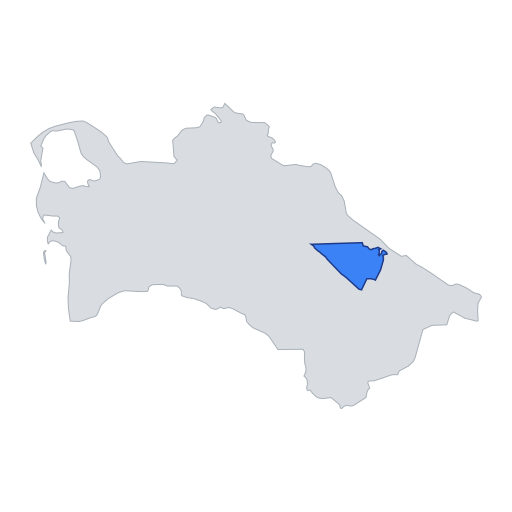 Carjew, Chardzhou, Turkmenistan (highlighted)
{"feature_id": "10190150B55240389541589", "entity_name": "Carjew", "entity_type": "district", "adm_level": 2, "iso_a3": "TKM", "parent_name": "Turkmenistan", "parent_adm1": "Chardzhou", "projection": "natural_earth1", "projection_center": [63.051, 38.709], "detail": "fine", "context": "in_parent", "style": "filled", "palette": "blue", "viewbox_px": 512, "rotation_deg": 0, "n_neighbors": 0, "source": "geoboundaries", "source_scale": "gbopen_adm2", "svg_char_len": 4860}
<svg xmlns="http://www.w3.org/2000/svg" viewBox="0 0 512 512"><path d="M140.8,161.5L166.1,162.9L173.9,163.8L177.1,160.4L177.0,159.5L175.8,158.8L174.0,156.4L172.7,140.1L174.9,137.8L177.5,136.1L181.3,131.0L183.3,129.5L186.2,128.2L195.8,127.8L199.9,126.8L203.5,121.0L204.2,117.7L206.9,115.0L208.4,115.0L214.9,117.3L216.3,118.5L218.4,122.7L220.9,122.5L221.3,121.8L221.0,120.8L219.2,118.2L215.2,113.4L211.2,110.4L210.9,109.4L214.4,107.0L221.2,108.0L223.0,107.2L224.8,103.4L233.8,112.0L235.5,112.9L242.7,114.0L243.9,115.2L246.3,120.2L248.8,121.5L251.8,122.5L264.7,122.6L268.7,126.0L269.3,126.8L268.5,129.2L268.2,133.7L267.2,135.5L267.8,136.2L272.4,138.1L275.1,141.0L275.3,142.3L274.6,143.1L272.4,142.7L271.3,144.0L271.3,146.4L272.8,148.6L273.3,150.6L271.0,155.3L270.9,157.3L271.6,158.4L283.2,165.5L285.0,165.7L296.3,164.4L298.4,165.2L308.2,166.8L311.0,166.6L312.9,164.3L314.7,163.4L316.3,163.3L321.0,164.8L326.0,167.8L329.2,170.6L330.8,173.1L335.3,187.0L338.3,192.7L341.7,195.7L344.2,201.1L346.3,213.0L347.6,215.4L353.0,220.1L380.4,239.4L388.7,248.1L401.5,256.4L406.2,255.4L416.3,264.3L422.7,267.7L431.0,273.0L448.4,285.1L452.1,285.6L456.2,283.9L459.9,284.9L466.5,288.0L473.5,292.6L479.5,294.3L481.2,296.3L481.3,297.4L478.0,303.3L477.6,310.8L478.1,320.9L476.5,321.1L464.7,318.2L453.5,312.0L450.9,314.0L449.5,316.1L446.8,324.8L431.8,325.4L422.9,329.6L415.0,358.0L413.2,361.5L408.3,366.1L399.6,370.7L398.3,372.5L398.0,374.2L397.0,374.7L392.2,374.7L373.9,380.9L369.9,380.9L368.4,381.4L367.7,382.5L369.7,388.2L368.0,389.8L366.9,392.6L366.0,397.5L353.9,405.2L351.4,406.1L346.6,405.4L344.1,406.2L341.5,408.6L340.3,407.9L339.8,405.4L338.5,403.8L331.0,397.6L322.4,398.6L319.2,398.1L316.6,397.1L312.7,393.5L310.2,390.1L307.5,390.5L306.8,388.9L306.7,387.1L307.4,384.8L307.3,380.5L305.8,377.5L304.0,376.1L306.0,371.2L306.0,367.5L304.8,363.5L304.4,357.8L304.7,352.2L303.1,349.3L277.9,349.5L269.0,336.4L265.3,333.3L252.8,327.7L249.4,324.8L246.6,321.5L245.9,317.0L244.6,314.4L242.6,314.0L232.9,308.8L228.9,307.4L223.6,308.7L220.4,307.2L216.6,309.2L215.1,309.4L211.0,308.1L206.2,303.4L202.1,301.5L193.4,298.5L187.3,297.6L181.9,295.8L181.4,295.1L181.3,291.1L180.6,289.5L179.1,287.5L177.0,286.0L167.7,286.1L163.5,284.6L160.1,284.4L152.7,284.7L150.3,285.8L148.9,287.0L147.9,290.9L147.1,291.5L140.0,291.6L124.8,290.7L118.3,292.6L108.3,298.6L102.5,303.6L100.8,305.8L97.2,314.7L95.7,316.0L93.8,317.0L91.8,317.2L82.7,320.7L79.1,321.5L70.2,321.1L68.4,308.0L68.0,297.6L69.4,283.2L69.2,274.0L71.1,260.0L70.7,256.6L66.2,250.4L65.7,246.1L62.9,245.9L58.5,242.3L54.1,240.8L51.9,240.8L49.8,241.8L48.2,243.9L47.3,240.6L47.4,237.2L51.2,230.1L53.4,232.2L56.1,233.0L62.9,232.6L62.3,230.1L58.9,227.7L58.3,224.5L58.6,221.2L59.7,218.0L58.7,216.8L57.1,216.0L53.4,216.1L43.8,214.9L42.5,218.6L45.0,223.5L40.8,217.9L38.0,212.2L36.4,205.6L36.3,198.4L40.4,186.9L43.9,172.8L47.4,178.8L50.0,181.4L55.9,183.1L58.8,182.7L62.0,181.1L65.0,181.6L69.5,187.7L72.9,188.4L79.9,186.1L83.3,185.6L86.1,186.6L89.1,186.6L87.9,183.8L87.5,181.0L89.3,179.5L94.7,181.1L99.2,179.4L100.0,178.7L100.5,176.3L100.0,171.5L99.0,169.5L96.6,166.6L87.0,159.8L83.8,157.1L81.2,153.6L77.2,139.7L74.1,130.8L72.8,129.7L67.1,129.0L56.3,131.1L52.5,130.7L50.6,131.6L46.1,135.4L44.0,138.6L40.8,145.9L42.9,148.3L40.7,160.7L41.5,166.0L41.2,166.4L38.1,159.8L34.0,153.2L30.7,143.2L37.4,136.6L43.1,132.0L49.1,128.5L55.3,126.2L69.3,122.6L76.9,121.3L83.1,121.0L87.8,123.2L100.4,131.3L105.8,135.8L107.4,137.6L108.8,142.0L117.8,156.1L120.0,158.0L123.5,162.5L127.0,163.9L140.8,161.5ZM46.1,262.4L45.7,264.3L44.2,258.6L43.5,252.4L44.7,250.6L45.9,250.7L44.6,253.0L46.1,262.4Z" fill="#d9dde1" stroke="#a8b0b8" stroke-width="1"/><path d="M343.8,275.7L346.5,277.8L349.8,280.8L351.1,282.0L359.0,289.2L361.6,289.8L361.6,289.6L362.3,288.1L363.2,286.3L363.3,286.1L366.8,278.8L370.8,278.7L372.7,279.1L373.4,279.3L374.2,279.5L374.8,279.8L375.4,280.1L380.6,269.8L382.5,263.0L383.3,260.4L383.4,258.5L383.4,257.7L383.4,257.1L382.6,255.8L384.2,254.6L384.9,254.5L387.1,254.0L387.1,253.9L386.7,253.1L386.4,252.4L386.2,252.3L385.0,251.3L383.2,250.2L383.0,250.3L382.9,250.4L382.2,251.1L381.8,251.7L381.6,251.9L381.6,252.3L381.6,252.7L381.5,253.5L381.4,253.7L380.0,254.5L379.6,255.3L379.4,255.6L378.8,255.1L378.5,254.9L378.6,254.4L378.7,254.0L379.0,253.6L379.2,253.2L379.2,252.9L379.2,252.2L379.2,250.4L378.8,249.8L378.7,249.6L379.6,249.2L379.8,249.2L380.7,248.8L377.9,247.3L376.5,247.9L376.4,248.0L374.9,248.4L374.3,248.5L372.6,248.8L372.0,249.3L371.7,249.6L371.1,249.6L370.7,249.6L369.0,248.8L368.2,247.7L367.5,246.8L365.9,246.5L364.2,246.1L363.4,246.0L362.9,244.9L362.5,243.5L362.3,242.7L335.5,243.5L311.6,244.3L311.3,244.3L312.3,245.0L313.8,246.1L314.3,247.2L314.7,248.0L316.5,249.6L317.3,250.3L318.8,251.6L319.4,251.7L320.8,253.1L321.8,254.0L323.1,255.0L323.8,255.5L326.0,257.3L327.1,259.1L341.3,273.9L343.8,275.7Z" fill="#3b82f6" stroke="#1e3a8a" stroke-width="1.5"/></svg>